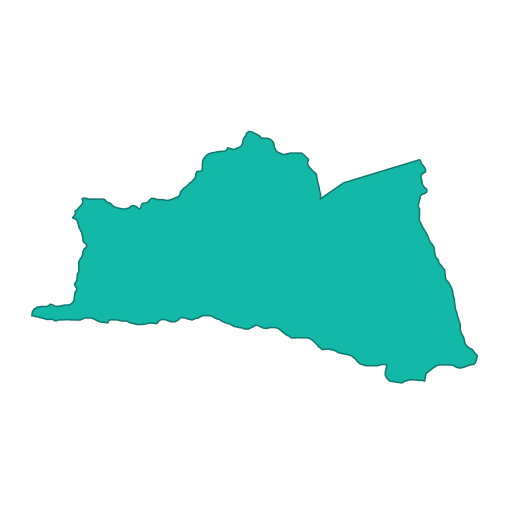 Naranjo, Alajuela, Costa Rica, rotated 91°
{"feature_id": "36466004B12549595917957", "entity_name": "Naranjo", "entity_type": "district", "adm_level": 2, "iso_a3": "CRI", "parent_name": "Costa Rica", "parent_adm1": "Alajuela", "projection": "robinson", "projection_center": [-84.384, 10.105], "detail": "fine", "context": "isolated", "style": "filled", "palette": "teal", "viewbox_px": 512, "rotation_deg": 91, "n_neighbors": 0, "source": "geoboundaries", "source_scale": "gbopen_adm2", "svg_char_len": 6060}
<svg xmlns="http://www.w3.org/2000/svg" viewBox="0 0 512 512"><g transform="rotate(91 256 256)"><path d="M325.4,403.0L322.7,401.8L322.3,399.6L322.3,393.1L322.7,392.4L322.9,390.0L323.3,389.3L323.4,383.7L324.7,381.6L325.4,379.0L325.8,376.2L326.5,374.6L326.5,369.3L326.2,367.8L326.2,366.1L325.8,365.3L325.6,363.8L324.9,362.1L324.9,358.1L325.3,356.3L325.3,354.2L325.0,353.6L322.9,352.2L322.3,351.2L322.0,351.2L321.1,349.0L321.2,345.8L323.3,339.8L323.1,335.4L321.4,332.7L319.2,330.6L318.9,329.5L318.9,327.9L319.2,325.6L320.0,323.8L321.1,318.8L319.3,314.8L319.3,313.4L319.0,313.1L319.0,312.5L317.6,310.7L317.6,310.0L316.5,308.1L316.5,301.1L316.8,299.3L317.2,298.4L317.6,298.0L319.0,295.5L319.0,294.9L319.6,293.9L320.2,291.1L321.0,290.4L323.0,286.2L323.2,285.1L323.9,283.7L324.0,281.9L324.3,281.5L324.5,280.9L326.1,278.1L327.0,276.1L327.0,274.9L327.9,271.6L328.1,268.6L329.2,266.4L329.2,262.0L328.5,261.2L328.4,260.6L327.4,259.1L326.8,257.5L325.8,256.3L325.3,255.1L325.3,253.9L325.7,252.3L326.9,250.1L327.0,248.9L327.8,248.0L328.1,246.9L328.1,243.1L327.3,241.1L327.3,234.7L328.6,231.4L331.8,227.9L332.7,226.4L334.0,225.0L334.6,223.4L335.0,223.1L335.0,222.4L335.3,221.9L337.3,219.1L337.2,215.3L337.0,214.7L337.0,202.6L337.5,201.6L337.8,200.5L338.9,198.4L344.1,192.9L345.8,191.7L346.5,190.3L347.4,189.5L348.4,188.1L348.1,185.1L347.8,184.6L347.8,182.0L348.1,180.9L348.1,179.6L348.4,179.3L348.6,177.5L349.1,176.5L349.2,175.2L350.9,172.6L351.5,170.9L351.5,170.2L352.3,167.3L352.3,165.4L352.6,165.1L353.2,161.6L353.5,161.3L353.5,160.1L354.8,157.9L356.7,155.5L358.5,153.7L359.7,152.9L362.0,150.1L363.3,145.7L363.7,145.2L363.7,133.1L363.4,132.6L363.2,130.8L362.3,129.2L362.3,124.1L363.1,123.2L363.7,123.1L364.5,123.7L367.8,124.1L369.3,124.7L372.8,124.7L375.6,123.3L377.3,121.7L378.3,120.2L378.8,119.9L380.3,108.6L380.3,107.5L379.0,105.8L378.2,104.0L377.0,99.4L377.2,93.0L377.5,91.5L377.5,87.0L377.9,86.3L378.1,85.2L370.6,84.0L365.2,77.3L362.6,73.7L362.0,72.0L361.6,68.7L361.6,58.3L362.2,56.3L363.2,54.9L364.1,52.5L364.5,49.7L363.3,45.3L362.4,43.6L361.9,41.9L361.3,40.5L360.6,36.8L359.8,35.4L358.3,34.6L356.7,33.9L353.3,33.4L352.4,32.9L351.4,33.4L348.6,36.0L345.9,38.0L343.6,42.2L341.1,44.7L339.2,45.8L335.9,46.3L333.3,47.1L330.2,49.2L327.3,50.1L325.1,50.5L320.6,50.6L316.8,52.0L314.6,52.6L312.8,53.5L310.0,53.9L306.9,55.2L304.8,55.8L298.5,56.7L295.9,56.9L291.3,58.3L288.3,58.7L286.1,59.4L283.5,60.4L280.2,62.3L278.5,63.5L276.8,65.3L276.2,65.6L273.8,66.3L266.4,67.2L264.2,69.3L262.6,70.2L260.2,72.7L259.6,73.1L257.2,73.5L256.6,73.8L255.5,74.7L254.3,76.2L248.1,77.8L246.0,77.8L243.4,78.6L240.8,80.3L239.9,81.5L239.0,82.1L237.1,83.1L233.2,84.5L230.1,86.2L226.1,88.8L225.8,88.8L225.3,89.3L217.9,93.1L217.2,93.3L206.3,93.3L203.8,94.5L202.0,94.5L198.8,93.9L196.1,93.1L193.3,92.7L191.7,91.5L191.2,90.1L190.8,89.4L190.8,89.0L189.3,86.6L188.8,86.4L186.6,86.4L183.9,89.3L182.4,90.4L179.7,91.3L178.6,91.3L173.9,92.5L172.4,92.5L171.8,92.2L171.3,91.3L169.8,89.8L169.8,89.4L168.9,88.0L166.7,88.0L164.7,88.9L164.3,89.4L163.9,89.4L161.0,92.1L158.1,93.1L157.0,93.9L156.9,94.3L181.3,169.6L197.7,192.5L193.0,192.5L188.9,193.8L186.4,193.9L184.6,194.7L183.9,194.7L181.5,195.5L176.9,196.3L176.0,196.7L174.5,196.7L172.9,197.4L171.6,198.6L169.7,201.0L167.0,203.4L166.5,204.1L166.2,204.1L165.5,204.9L163.2,206.1L160.7,205.9L159.8,205.3L158.0,205.3L157.2,206.8L155.0,208.8L152.3,212.2L152.5,223.6L153.0,225.3L153.2,226.9L154.0,228.6L154.0,230.3L153.8,231.5L152.9,233.2L152.0,235.7L151.2,236.7L151.2,237.1L149.9,238.1L148.8,238.4L147.3,239.4L143.2,240.2L141.2,241.3L139.7,242.9L138.8,244.6L138.1,246.4L138.0,252.4L137.6,252.9L137.6,253.3L136.2,254.2L134.9,256.3L133.7,258.6L133.7,259.0L132.5,261.2L131.7,263.6L131.7,265.7L133.5,267.5L134.3,268.0L135.0,268.0L137.1,269.2L137.2,269.5L137.8,269.7L138.3,270.2L140.1,270.9L143.7,271.4L144.3,271.8L145.3,272.0L146.9,273.3L148.3,276.3L148.6,277.4L149.4,278.2L149.9,280.2L148.3,286.1L149.3,286.5L150.9,287.6L151.8,288.6L152.0,293.9L152.5,295.3L152.5,296.5L153.4,300.3L153.6,302.2L154.1,303.1L154.6,304.8L156.1,307.1L159.3,309.8L160.6,310.5L162.3,311.0L164.5,311.2L170.7,311.2L171.8,311.7L172.4,314.7L172.4,315.9L173.1,316.9L175.7,317.7L177.5,317.7L179.3,318.6L183.4,322.1L184.3,323.7L184.6,323.7L187.6,326.7L189.4,329.3L192.6,332.2L192.9,332.2L193.3,332.6L195.8,333.1L196.7,333.5L198.1,334.9L199.1,337.5L199.7,338.4L200.0,339.8L201.1,341.4L201.1,342.2L201.9,344.4L201.9,347.2L201.3,350.0L201.3,355.7L200.2,359.1L200.2,361.2L201.0,362.5L204.3,365.3L205.0,367.1L205.2,369.8L205.9,370.8L207.5,371.6L210.2,372.2L210.8,372.9L210.8,373.3L209.9,375.3L208.4,376.9L207.9,378.6L207.9,380.7L208.8,382.3L210.4,383.9L211.0,387.5L211.5,388.7L210.5,394.5L209.5,398.0L208.3,400.0L205.6,402.8L205.3,403.7L205.3,404.7L204.2,406.6L202.6,407.8L202.0,408.5L201.8,410.0L202.0,423.8L201.2,427.7L201.2,429.8L201.8,430.7L202.5,430.8L203.9,430.1L205.8,430.1L206.7,430.6L208.2,431.4L210.7,433.9L212.4,435.1L213.2,435.9L214.1,437.6L217.1,437.3L219.8,439.0L220.5,439.9L221.1,440.0L221.6,439.0L222.0,437.2L223.7,435.5L227.9,434.1L231.0,433.3L236.2,430.4L237.4,430.4L240.6,429.5L244.3,429.1L245.6,428.2L247.4,425.6L249.1,425.4L249.9,425.8L252.0,427.9L255.0,429.2L257.3,429.2L258.7,429.8L259.6,430.0L262.3,431.8L264.8,433.0L267.7,433.3L269.1,433.0L274.4,432.9L276.0,433.5L276.7,434.2L283.3,434.7L285.8,436.0L286.6,436.8L288.5,436.6L290.9,435.2L291.3,434.7L292.8,434.6L295.5,436.3L303.5,437.2L305.8,438.6L307.8,441.0L308.3,442.6L308.4,446.8L309.7,451.9L309.8,455.2L309.7,456.0L308.2,459.0L307.8,461.1L309.0,462.0L309.7,463.2L310.2,464.8L310.2,469.8L310.6,471.4L310.9,473.9L312.0,475.2L312.9,476.9L314.6,477.8L315.4,478.6L319.6,479.1L319.8,477.5L320.5,475.2L320.5,474.0L321.2,471.4L321.3,470.6L321.5,470.3L322.0,467.6L323.1,464.2L322.9,458.6L323.3,457.3L324.1,456.5L324.3,455.7L324.0,453.5L323.3,451.8L323.3,447.7L322.9,444.5L323.1,439.1L323.1,430.7L321.7,427.7L320.9,426.5L320.9,419.6L321.0,418.7L321.8,417.6L321.8,416.6L323.1,414.5L323.3,413.6L323.9,412.9L324.5,411.1L324.6,410.2L324.9,409.6L325.0,405.7L325.4,404.9L325.4,403.0Z" fill="#14b8a6" stroke="#0f766e" stroke-width="1.5"/></g></svg>